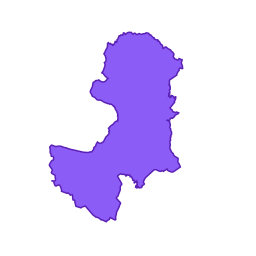 Ea Kar, Đắk Lắk, Vietnam (Robinson projection), rotated 204°
{"feature_id": "81297802B96415917644052", "entity_name": "Ea Kar", "entity_type": "district", "adm_level": 2, "iso_a3": "VNM", "parent_name": "Vietnam", "parent_adm1": "Đắk Lắk", "projection": "robinson", "projection_center": [108.562, 12.804], "detail": "fine", "context": "isolated", "style": "filled", "palette": "violet", "viewbox_px": 256, "rotation_deg": 204, "n_neighbors": 0, "source": "geoboundaries", "source_scale": "gbopen_adm2", "svg_char_len": 5862}
<svg xmlns="http://www.w3.org/2000/svg" viewBox="0 0 256 256"><g transform="rotate(204 128 128)"><path d="M176.2,48.3L175.7,48.7L174.3,49.2L173.3,47.8L171.4,45.8L170.9,45.7L170.2,45.7L168.2,47.8L167.4,47.9L166.3,47.4L165.0,46.2L163.4,44.2L163.0,43.1L157.3,43.5L156.9,43.7L156.6,44.3L155.0,44.0L153.4,43.2L152.1,44.4L151.8,44.4L151.5,44.1L149.1,40.0L148.7,39.9L147.8,40.3L147.1,40.2L146.4,38.7L143.7,35.3L138.6,35.9L138.2,36.3L137.8,37.2L136.7,38.0L135.6,39.3L135.2,39.3L124.6,34.3L122.8,34.0L121.5,33.5L118.5,34.0L115.5,33.3L115.3,33.1L114.2,33.6L110.0,33.5L109.6,33.7L109.2,35.1L107.8,37.0L108.0,38.2L107.9,38.9L102.4,38.7L102.0,39.2L102.0,39.6L103.1,41.5L103.6,44.6L104.2,46.4L104.0,51.7L104.3,54.5L104.1,55.9L104.5,56.6L110.2,59.2L110.3,59.7L110.1,60.4L109.5,61.6L109.9,68.2L111.2,71.3L111.2,72.5L110.8,73.7L110.9,74.3L111.5,74.9L117.6,79.4L117.9,79.7L117.9,80.3L117.0,82.0L116.1,83.1L114.2,83.3L113.5,83.8L112.0,84.2L110.4,83.3L109.9,83.8L110.2,84.7L109.9,85.1L108.6,84.9L107.5,85.7L107.0,85.7L106.3,84.3L106.0,84.3L105.4,84.9L104.3,84.5L103.8,83.7L102.9,83.2L102.5,82.3L101.1,82.7L100.6,81.9L100.3,80.7L99.9,80.4L99.3,81.2L99.1,82.6L98.6,83.2L98.2,81.8L97.9,81.6L97.2,81.9L97.1,80.8L96.1,79.5L96.0,78.7L97.0,79.3L97.2,78.9L97.3,78.2L97.0,77.0L95.7,76.8L95.3,77.0L94.6,78.4L93.5,77.8L91.5,79.1L91.3,80.2L91.7,80.9L90.3,83.0L90.5,83.8L91.5,84.4L92.0,84.9L92.2,86.5L91.9,87.4L92.2,88.1L91.5,90.5L87.3,100.1L86.6,100.8L85.3,101.3L82.8,101.3L80.9,101.5L80.1,102.0L79.1,103.0L77.8,102.9L77.5,103.9L76.7,104.8L75.7,106.4L75.0,105.6L74.0,105.3L70.9,105.4L69.5,105.8L68.5,106.8L64.3,113.7L66.8,116.1L68.4,116.9L69.1,118.5L69.4,119.7L70.0,120.7L74.0,121.2L75.2,121.8L76.3,123.0L77.9,123.6L79.3,124.4L79.6,124.9L80.4,125.3L80.7,125.8L81.6,126.5L81.6,127.0L82.3,128.0L82.2,129.3L82.9,130.5L83.5,131.0L83.5,131.4L84.3,132.5L84.1,134.3L85.1,135.4L85.1,136.7L85.5,136.9L85.4,137.9L85.9,138.5L85.6,139.7L86.1,141.1L86.8,142.3L88.0,143.0L88.7,144.6L90.1,145.4L90.3,145.8L90.2,146.7L90.5,147.8L91.3,149.1L92.1,149.6L92.1,150.1L92.5,150.6L92.9,150.8L95.3,151.0L95.0,151.4L94.6,151.2L94.1,151.5L93.6,151.5L93.1,152.2L93.2,153.9L92.6,154.2L92.1,155.0L91.2,155.0L90.2,157.4L90.0,159.1L88.2,161.2L87.8,162.4L89.8,162.4L90.2,162.3L91.1,161.3L92.4,161.4L93.2,161.0L94.8,162.0L95.4,162.7L96.9,162.7L97.3,163.2L97.8,163.4L95.9,170.4L96.5,171.0L96.3,172.0L96.3,173.6L96.7,175.2L97.1,175.9L97.4,175.8L97.9,175.0L97.8,174.1L98.1,174.1L98.5,174.7L99.5,175.3L100.2,175.5L101.5,175.4L101.8,175.3L101.9,174.9L101.2,174.5L101.1,174.0L101.6,173.9L102.0,174.4L102.2,173.1L103.4,174.0L103.8,174.8L104.0,174.2L104.5,175.6L103.9,175.7L103.8,176.1L103.9,176.4L104.2,176.1L104.5,176.3L104.6,176.7L104.4,177.4L104.5,178.1L105.7,179.7L105.2,180.4L105.3,180.9L105.9,181.8L106.0,182.6L106.7,182.9L107.1,184.1L107.4,184.2L107.8,183.9L108.2,184.2L108.1,185.1L109.4,188.0L109.5,188.8L105.0,196.1L105.3,196.9L105.3,199.3L104.7,201.7L105.3,202.6L105.2,203.4L104.9,203.8L104.2,204.1L102.7,204.2L102.3,204.6L103.6,206.9L105.7,209.0L106.0,209.9L106.1,211.8L106.5,212.5L107.7,212.0L109.1,212.4L109.6,212.2L109.8,210.8L110.2,210.3L113.5,210.2L114.2,210.4L114.6,211.0L115.6,211.3L116.0,214.0L116.5,214.5L118.0,215.4L119.4,215.7L121.0,216.6L123.3,216.7L126.3,217.5L127.1,217.0L128.2,214.9L128.5,215.0L129.8,217.0L130.5,217.7L132.1,217.8L132.6,218.4L133.3,218.6L133.7,219.2L135.1,219.9L136.1,219.7L136.0,220.2L136.1,220.4L136.6,220.6L138.5,220.0L140.5,220.2L140.7,220.3L140.8,221.0L142.0,220.9L144.4,221.9L145.0,222.3L146.0,221.9L146.3,222.0L147.3,222.8L147.9,222.9L148.5,222.5L149.3,222.6L150.2,222.3L151.3,220.7L152.2,220.5L153.5,219.2L154.3,218.9L156.3,218.8L157.7,217.0L159.0,217.1L160.2,217.4L160.9,217.1L161.6,215.8L162.6,215.9L163.8,216.7L164.9,216.2L165.8,216.0L167.2,214.9L168.3,212.7L168.5,212.5L169.0,212.5L169.7,213.3L170.7,213.1L170.9,212.8L170.7,212.2L170.8,211.3L170.5,210.8L172.4,210.1L172.8,208.9L173.5,208.7L173.7,208.1L173.4,205.6L173.9,204.3L173.3,202.6L173.4,201.7L173.9,201.5L174.5,202.1L174.9,201.9L174.7,200.6L174.8,199.2L175.3,197.4L175.7,197.3L176.1,198.0L177.4,197.7L178.2,198.1L178.4,197.6L178.6,197.5L180.1,197.7L180.6,198.0L181.0,197.3L181.0,196.6L180.3,195.2L179.7,192.8L180.1,189.6L179.9,188.2L180.2,186.1L179.5,185.5L178.1,184.7L176.0,181.9L175.6,181.1L175.5,180.1L175.7,178.9L176.2,178.2L174.4,176.1L173.9,170.0L174.4,167.8L174.3,167.7L172.8,167.7L170.4,166.3L167.6,165.3L166.5,165.3L167.5,162.0L167.9,161.2L169.0,160.1L171.1,159.4L174.3,160.0L174.8,159.3L176.6,158.3L177.0,157.9L177.1,157.0L177.5,156.3L178.3,155.7L178.1,154.0L177.3,151.4L177.5,147.2L177.3,145.9L176.7,145.1L175.1,144.0L173.5,142.5L170.7,142.4L167.8,141.2L166.5,141.4L164.3,142.3L162.3,142.2L159.9,141.8L158.0,142.1L157.0,141.9L155.3,142.5L154.1,142.3L153.4,142.9L151.3,142.7L150.1,141.9L149.3,142.2L148.8,141.6L148.0,141.3L147.7,140.4L145.9,139.2L145.5,138.8L144.8,138.6L144.3,137.7L143.5,137.3L143.3,136.5L142.8,136.2L142.4,135.3L142.4,134.5L141.5,133.8L141.2,133.2L140.8,131.5L140.2,130.3L140.5,129.9L141.0,129.9L141.4,129.6L142.3,128.2L143.3,125.1L144.8,122.6L145.7,119.8L143.7,117.9L144.2,117.2L144.2,116.9L143.2,116.0L143.1,115.1L143.4,113.6L144.6,110.5L144.8,105.7L145.3,104.7L145.7,104.4L146.2,103.3L147.4,102.6L148.5,102.4L150.2,102.8L150.5,100.6L150.3,98.1L151.2,96.3L151.2,95.7L150.8,95.5L150.7,94.8L151.5,91.3L152.1,90.9L152.8,90.9L154.2,89.5L158.6,87.8L171.1,85.3L174.2,84.8L175.8,84.8L178.9,84.2L182.2,84.0L184.7,82.9L185.8,82.0L186.5,81.7L187.9,81.5L190.3,81.4L190.8,81.3L191.2,80.7L191.7,79.2L191.7,78.7L190.1,76.3L189.5,74.6L188.9,73.6L187.7,72.9L186.9,71.3L186.5,71.0L185.4,71.3L184.5,71.3L184.0,70.8L183.2,69.0L183.2,68.5L184.3,67.3L184.5,66.7L184.9,63.7L184.8,62.1L183.3,60.9L180.3,59.2L180.0,58.8L180.0,56.3L179.4,55.7L178.9,55.5L175.5,55.1L175.1,54.8L174.6,53.5L173.4,51.8L173.1,50.6L173.2,50.1L174.0,49.5L175.9,48.9L176.2,48.3Z" fill="#8b5cf6" stroke="#5b21b6" stroke-width="1.5"/></g></svg>